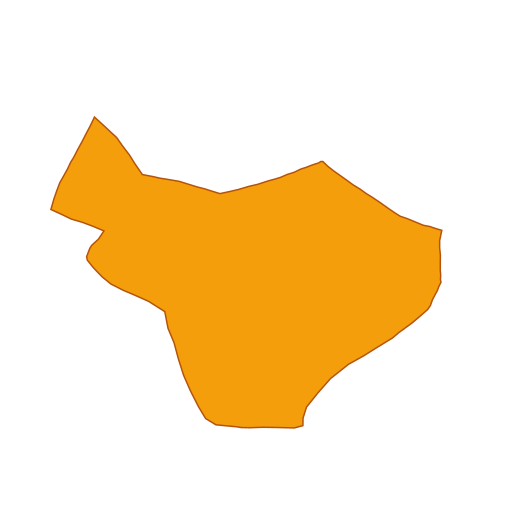 Al-Basrah, Al-Basrah, Iraq, rotated 165°
{"feature_id": "34846034B27642135170661", "entity_name": "Al-Basrah", "entity_type": "district", "adm_level": 2, "iso_a3": "IRQ", "parent_name": "Iraq", "parent_adm1": "Al-Basrah", "projection": "albers", "projection_center": [47.628, 30.554], "detail": "fine", "context": "isolated", "style": "filled", "palette": "amber", "viewbox_px": 512, "rotation_deg": 165, "n_neighbors": 0, "source": "geoboundaries", "source_scale": "gbopen_adm2", "svg_char_len": 1702}
<svg xmlns="http://www.w3.org/2000/svg" viewBox="0 0 512 512"><g transform="rotate(165 256 256)"><path d="M419.8,299.2L420.0,295.6L416.3,287.2L413.2,281.4L409.9,275.5L403.5,266.6L393.2,257.3L385.6,251.4L378.6,245.8L371.5,240.0L358.5,225.9L359.7,208.9L357.6,193.4L357.6,177.0L356.8,159.5L354.2,142.5L350.5,125.1L346.7,112.0L338.4,103.3L318.8,96.0L314.6,94.1L306.3,91.7L293.8,88.8L285.0,86.3L279.0,84.6L276.7,83.9L263.4,80.0L254.6,80.0L252.5,87.3L246.3,97.0L231.7,107.7L215.8,118.3L194.6,127.5L177.1,131.9L171.4,133.7L163.3,136.2L145.4,141.5L137.5,145.2L122.2,151.1L110.7,156.6L103.9,160.0L100.4,163.0L97.0,167.9L93.3,172.0L90.1,175.3L87.1,179.4L84.1,182.8L84.0,185.3L82.5,189.9L81.7,194.5L79.6,202.2L77.7,209.0L76.5,216.3L74.6,223.4L69.9,232.7L75.3,236.0L80.5,239.5L86.3,242.3L93.8,248.0L97.0,250.5L100.6,253.2L106.3,257.0L110.7,261.7L116.1,268.0L121.7,274.8L128.3,282.4L133.2,287.6L138.1,293.6L143.8,299.6L148.7,305.7L154.1,312.2L158.8,317.9L163.5,324.2L167.0,330.0L169.1,330.5L171.2,329.7L178.0,329.4L185.1,328.6L188.0,328.5L190.7,328.3L197.3,327.0L204.6,326.7L212.1,325.6L218.2,325.4L224.6,325.4L236.1,324.8L245.0,325.1L256.1,324.8L264.8,325.1L274.7,325.6L282.2,330.3L288.1,334.1L294.9,337.9L303.6,343.4L310.9,348.0L319.8,352.1L328.3,355.9L335.6,359.7L344.7,364.1L349.2,376.8L352.0,386.0L356.8,397.8L360.0,406.6L363.9,412.7L369.0,420.9L376.1,432.0L377.5,430.3L382.6,424.4L389.1,417.4L394.4,411.5L400.2,405.5L404.8,400.4L406.6,398.4L410.6,394.7L415.5,388.9L421.0,383.2L426.6,377.5L431.9,370.1L436.5,363.3L442.1,354.0L432.5,346.1L424.9,339.5L414.9,333.4L405.8,326.9L396.4,319.6L397.4,318.7L403.9,313.0L411.7,309.0L414.5,306.5L419.8,299.2Z" fill="#f59e0b" stroke="#b45309" stroke-width="1.5"/></g></svg>